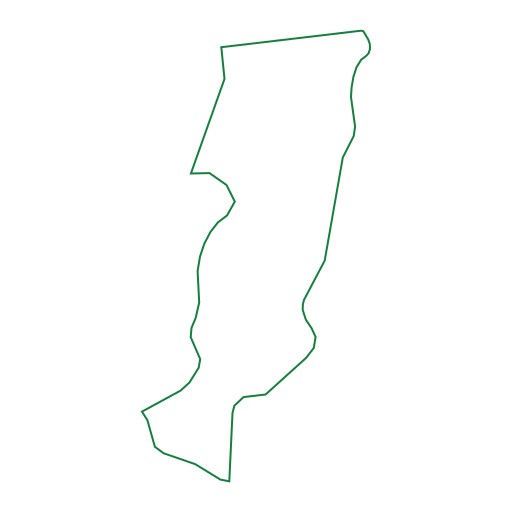 the Province of Prato
{"feature_id": "ITA-5385", "entity_name": "Prato", "entity_type": "Province", "adm_level": 1, "iso_a3": "ITA", "parent_name": "Italy", "parent_adm1": "", "projection": "orthographic", "projection_center": [11.096, 43.932], "detail": "fine", "context": "isolated", "style": "outline", "palette": "green", "viewbox_px": 512, "rotation_deg": 0, "n_neighbors": 0, "source": "natural_earth", "source_scale": "10m", "svg_char_len": 784}
<svg xmlns="http://www.w3.org/2000/svg" viewBox="0 0 512 512"><path d="M363.3,31.2L368.2,39.4L369.8,44.0L370.0,49.0L368.6,53.3L366.4,55.7L361.1,59.8L356.5,67.3L353.4,76.9L351.6,87.3L351.0,97.1L355.1,126.7L353.7,136.1L342.8,157.5L324.7,260.6L304.0,299.9L302.9,304.2L302.7,309.9L305.9,319.8L311.6,328.2L315.6,337.0L313.8,347.9L306.3,357.7L265.6,394.5L243.5,397.1L234.3,405.8L232.5,413.0L229.3,481.3L220.4,479.6L195.3,464.2L163.7,453.3L154.9,446.8L147.4,420.2L142.0,411.6L180.4,390.7L189.4,382.6L198.7,367.7L200.2,359.1L190.7,337.2L191.5,328.0L195.7,317.9L199.2,302.5L197.6,271.0L200.0,256.6L204.4,243.5L210.4,232.0L217.9,222.4L227.1,215.4L234.8,201.6L226.5,185.0L209.5,173.1L190.9,173.5L224.5,78.9L221.3,47.2L360.9,30.7L363.3,31.2Z" fill="none" stroke="#15803d" stroke-width="2"/></svg>